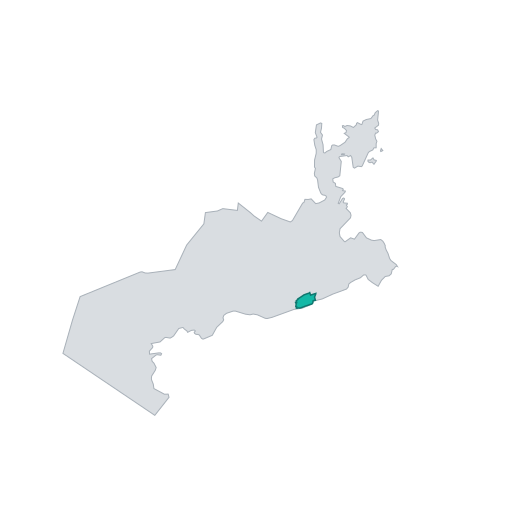 location of Alat, Bukhoro, Uzbekistan, rotated 304°
{"feature_id": "79887680B15595975584782", "entity_name": "Alat", "entity_type": "district", "adm_level": 2, "iso_a3": "UZB", "parent_name": "Uzbekistan", "parent_adm1": "Bukhoro", "projection": "mercator", "projection_center": [64.051, 39.204], "detail": "fine", "context": "in_parent", "style": "filled", "palette": "teal", "viewbox_px": 512, "rotation_deg": 304, "n_neighbors": 0, "source": "geoboundaries", "source_scale": "gbopen_adm2", "svg_char_len": 4426}
<svg xmlns="http://www.w3.org/2000/svg" viewBox="0 0 512 512"><g transform="rotate(304 256 256)"><path d="M391.4,236.2L398.5,232.8L402.4,235.1L402.7,236.4L398.4,238.9L394.6,240.3L393.4,243.5L389.6,244.9L385.7,249.4L379.7,253.9L379.6,254.8L380.1,255.6L382.1,256.1L386.1,258.5L389.9,257.1L390.9,257.5L391.9,258.9L392.9,262.9L394.6,264.0L400.1,266.2L404.3,266.2L406.4,267.0L406.7,266.6L407.0,260.6L408.7,261.6L410.6,260.9L411.3,257.9L411.0,255.9L412.3,254.8L413.0,255.5L413.1,257.3L415.1,258.5L416.6,261.5L417.0,264.9L420.9,265.8L422.2,265.2L423.3,265.5L423.8,269.8L424.4,270.2L427.7,269.3L430.8,271.1L434.2,274.4L438.0,274.6L438.8,275.2L441.5,274.7L444.6,275.6L444.7,276.1L444.2,276.8L436.7,280.8L434.6,283.5L433.0,284.4L428.5,282.9L427.8,284.5L428.6,286.2L427.6,288.0L425.3,287.3L424.8,286.4L422.6,286.9L420.0,289.7L418.7,292.1L416.3,292.8L412.9,295.1L411.6,293.3L409.2,293.5L406.0,291.6L404.4,291.3L390.1,293.7L389.0,293.4L387.5,290.2L383.9,288.5L384.0,286.9L391.4,280.2L392.2,278.2L389.8,277.0L390.2,275.3L385.4,269.9L384.6,269.6L383.9,269.8L382.1,273.8L369.4,280.6L367.5,279.9L364.7,277.4L362.8,276.5L360.5,278.6L360.6,281.2L358.3,283.2L360.4,290.1L360.2,291.0L358.6,291.2L359.8,293.8L358.7,294.1L352.7,293.1L345.6,294.7L345.8,295.8L352.1,295.6L353.0,296.1L353.1,296.9L352.8,297.5L349.4,298.1L349.1,299.1L350.8,302.2L350.0,302.8L348.8,302.3L347.9,304.2L345.8,304.1L344.6,310.0L342.9,312.0L340.5,313.0L325.6,310.4L321.7,312.2L319.1,314.8L317.4,321.2L317.6,321.9L324.0,324.3L325.0,328.2L332.7,328.5L334.0,329.1L334.6,330.1L335.0,331.1L332.8,337.4L333.7,342.9L334.9,345.4L339.4,350.2L339.2,352.9L338.2,355.2L336.9,357.3L335.6,358.1L333.7,360.7L332.0,363.9L328.7,368.1L327.7,370.4L327.3,377.1L326.4,379.1L326.3,378.3L325.1,377.6L321.8,377.4L321.1,376.5L316.8,378.1L314.0,377.4L311.3,374.6L306.0,373.6L299.2,374.2L299.0,367.3L299.3,362.1L301.6,358.0L301.5,357.2L300.4,355.8L296.3,354.7L291.6,351.5L287.1,349.3L284.6,348.6L281.8,349.8L279.2,349.5L267.4,341.0L257.4,334.9L250.6,328.7L247.3,329.3L238.6,323.5L232.9,317.3L214.1,303.6L210.4,300.2L209.5,298.5L208.0,290.0L206.3,286.1L203.9,283.9L201.9,279.8L198.8,269.7L197.6,267.9L192.0,263.6L188.7,262.5L186.3,263.2L185.0,264.9L183.1,265.1L174.9,263.3L165.8,264.1L157.8,258.9L157.3,258.1L157.3,256.7L158.8,253.2L158.5,251.7L157.5,250.1L157.5,248.3L158.2,247.4L159.7,247.7L160.2,247.1L160.0,246.1L158.2,244.0L154.5,242.0L155.2,240.7L155.4,237.3L155.9,235.6L155.5,235.0L152.7,232.5L143.7,232.4L141.6,231.6L139.9,230.7L138.2,226.9L137.3,226.0L131.1,224.5L124.8,218.1L123.5,220.9L122.3,221.5L117.5,220.8L115.1,222.6L121.0,229.2L122.3,231.1L122.2,232.4L120.5,232.6L119.0,229.4L118.0,228.5L112.5,226.8L110.6,228.8L110.1,231.3L107.7,235.6L104.9,236.4L98.2,236.6L96.2,237.6L94.9,238.7L92.3,242.5L89.0,245.5L90.2,257.4L92.4,260.4L90.2,262.9L67.3,261.2L67.3,150.4L100.3,139.7L124.0,132.9L178.0,169.0L179.2,170.4L179.9,173.5L181.3,175.9L199.6,196.6L226.3,192.4L253.5,194.8L263.7,189.8L271.7,198.8L276.7,202.0L283.4,215.1L290.0,211.7L288.8,227.2L288.1,231.9L288.0,241.1L298.7,241.4L301.0,256.1L303.4,265.4L305.7,266.4L325.9,265.1L327.4,265.8L330.3,264.9L332.2,267.8L334.2,269.8L332.8,276.2L335.3,278.7L340.9,281.7L344.3,281.6L344.9,280.5L344.8,279.0L344.0,277.4L344.0,275.6L344.6,274.2L347.9,269.4L353.4,264.6L354.7,262.9L355.2,259.9L357.1,258.2L361.8,256.3L362.5,254.7L368.3,250.9L374.8,248.5L377.8,246.5L380.7,242.8L384.9,238.9L386.5,238.9L387.6,240.1L388.6,240.2L391.4,236.2ZM390.1,272.4L389.3,270.6L388.3,269.9L387.8,270.2L389.4,272.5L390.1,272.4ZM402.2,302.6L398.0,302.5L398.7,299.7L397.1,298.4L396.8,297.0L397.2,295.7L398.2,295.2L399.5,297.2L402.7,298.1L401.7,300.1L402.5,302.2L402.2,302.6ZM415.1,299.7L414.3,302.2L412.4,301.1L412.7,300.4L415.1,299.7Z" fill="#d9dde1" stroke="#a8b0b8" stroke-width="1"/><path d="M243.8,314.7L243.6,315.0L241.3,314.4L240.5,314.9L240.5,315.6L240.0,315.8L239.5,315.0L238.8,316.1L236.3,317.3L236.6,318.1L235.4,318.6L235.6,319.2L236.3,319.8L236.7,320.4L236.9,320.6L237.0,320.9L237.5,321.6L238.2,322.2L238.9,322.7L239.1,322.9L239.3,323.0L240.4,323.8L241.3,324.4L242.3,325.1L243.4,326.0L244.5,326.9L245.0,327.2L245.9,327.8L246.5,328.4L247.3,329.0L247.7,329.2L248.3,329.3L248.8,329.3L249.3,329.1L250.3,328.6L250.9,328.4L251.0,328.4L251.8,329.2L251.9,329.4L252.5,330.0L254.7,327.5L257.5,326.9L258.4,326.5L254.1,323.1L255.7,321.0L254.6,320.6L253.6,319.7L250.6,317.5L249.0,316.9L246.6,315.9L243.8,314.7Z" fill="#14b8a6" stroke="#0f766e" stroke-width="1.5"/></g></svg>